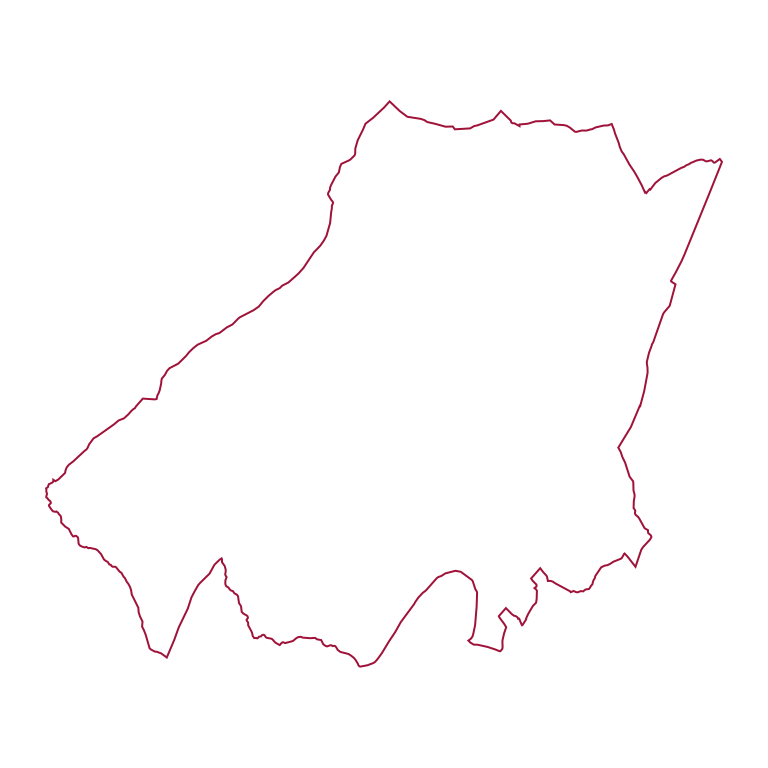 outline of Firavitoba, Boyacá, Colombia
{"feature_id": "7082276B66462160006857", "entity_name": "Firavitoba", "entity_type": "district", "adm_level": 2, "iso_a3": "COL", "parent_name": "Colombia", "parent_adm1": "Boyacá", "projection": "equal_earth", "projection_center": [-73.017, 5.676], "detail": "fine", "context": "isolated", "style": "outline", "palette": "rose", "viewbox_px": 768, "rotation_deg": 0, "n_neighbors": 0, "source": "geoboundaries", "source_scale": "gbopen_adm2", "svg_char_len": 6039}
<svg xmlns="http://www.w3.org/2000/svg" viewBox="0 0 768 768"><path d="M721.9,161.7L719.8,159.0L715.0,162.5L714.2,162.7L713.7,162.5L712.3,161.0L711.1,160.3L706.7,161.4L705.6,161.2L703.2,159.8L700.7,159.6L696.6,160.5L690.5,163.1L689.0,164.2L686.4,165.2L684.2,166.8L681.2,167.9L667.3,175.4L663.9,176.5L661.4,178.0L655.3,183.0L650.3,189.6L649.6,189.1L646.3,193.1L645.3,192.0L644.9,192.4L641.8,185.4L637.4,177.1L634.1,171.4L629.6,164.8L623.8,154.3L621.7,151.5L619.9,147.2L618.5,142.3L614.9,133.1L614.1,130.0L611.7,124.0L608.0,125.4L604.0,125.5L595.6,127.4L591.9,129.3L590.2,129.4L588.9,130.0L586.0,130.6L581.8,130.5L576.3,131.9L574.9,131.7L569.9,127.6L566.8,125.8L563.8,125.1L554.6,124.5L550.1,120.4L543.3,121.1L535.7,121.3L527.9,123.7L519.5,124.5L519.5,126.1L514.2,123.2L512.7,123.3L511.4,122.6L510.8,120.6L500.9,110.9L493.5,119.6L477.0,125.5L474.3,126.0L470.1,128.4L454.9,129.3L452.7,126.5L445.5,126.7L435.5,123.9L427.2,122.0L424.4,120.1L420.4,118.8L407.4,116.8L399.8,111.1L389.6,101.4L384.3,107.3L373.1,117.8L365.5,123.7L363.0,129.6L357.7,140.3L355.3,148.6L355.2,153.6L354.5,155.5L350.4,159.5L349.0,160.4L341.3,163.9L340.0,166.9L338.8,172.5L335.5,176.5L331.1,185.0L330.2,187.2L329.9,190.0L328.3,192.6L328.0,194.5L331.2,199.9L332.6,201.5L333.1,202.9L331.9,205.7L331.8,208.7L331.2,212.0L330.1,223.1L326.4,236.0L323.9,240.5L320.2,245.8L313.8,252.4L303.5,267.9L298.4,273.6L288.4,282.5L282.3,285.6L279.6,288.2L275.6,290.1L273.0,292.1L268.3,296.1L263.0,301.4L258.9,306.5L253.4,310.3L240.0,317.2L238.3,318.5L232.4,324.5L226.8,327.4L219.3,333.1L215.9,334.1L211.6,336.6L206.2,340.8L197.6,344.7L193.2,348.2L189.1,352.2L185.9,356.1L178.3,363.6L169.5,368.2L167.1,370.8L164.8,375.0L161.8,378.6L161.3,381.3L161.2,383.4L159.7,390.3L158.6,393.2L157.4,395.4L156.6,399.0L154.9,399.4L142.8,398.6L135.9,406.5L135.0,408.1L133.5,409.0L131.2,411.1L128.3,414.4L123.9,418.4L118.7,420.4L113.8,424.5L97.0,436.4L93.6,438.3L89.2,444.2L87.5,448.0L86.5,449.4L84.3,451.1L73.0,461.6L68.9,464.7L66.7,467.4L65.5,470.5L65.1,472.9L58.3,479.5L55.4,481.2L53.3,479.8L53.3,481.5L52.9,482.0L52.0,482.8L48.8,484.2L47.8,487.3L46.3,488.1L46.1,488.6L46.4,489.8L46.3,491.3L47.0,493.9L46.2,497.0L46.4,497.5L47.4,498.2L48.6,499.9L50.0,500.9L50.5,501.6L50.8,502.5L50.7,503.4L49.2,504.7L49.0,505.4L49.2,506.3L52.1,510.4L53.2,511.4L55.7,511.8L56.5,511.5L58.2,512.9L58.8,514.0L60.6,515.9L61.0,517.1L61.3,519.5L61.2,522.6L65.3,526.7L68.8,528.9L71.4,534.1L72.9,536.3L73.8,536.5L74.8,535.9L76.1,535.9L77.5,536.9L78.1,538.0L78.6,543.6L79.5,545.0L80.5,545.9L83.4,547.1L84.7,547.4L86.4,546.9L88.3,548.2L89.8,547.9L95.8,549.2L97.7,550.4L101.1,554.2L104.0,559.5L105.9,561.0L107.7,561.9L109.4,564.5L110.7,564.8L111.9,566.3L112.9,566.8L115.0,566.7L116.0,567.2L119.7,571.7L121.4,572.8L123.7,576.9L124.8,577.9L126.8,581.9L128.1,583.5L129.9,586.7L131.0,589.8L131.8,594.6L138.3,607.7L138.7,612.4L140.0,616.4L142.5,621.5L142.1,626.6L143.9,630.2L145.7,634.8L149.6,648.3L151.1,649.6L155.1,651.7L156.6,651.7L161.2,653.4L166.8,657.5L174.4,639.5L178.7,627.5L187.8,608.6L191.5,597.3L194.7,591.2L198.2,585.1L200.2,582.8L209.5,573.7L214.4,564.8L219.5,559.8L221.6,558.4L222.0,559.4L222.0,562.2L224.7,566.0L225.7,569.7L225.7,571.5L225.2,574.4L225.6,575.6L226.6,577.1L225.4,580.4L225.3,583.8L225.7,585.1L226.3,586.3L228.2,587.3L230.0,589.7L230.8,590.4L232.9,591.1L234.5,593.4L236.9,594.7L237.7,595.6L238.1,596.7L239.0,603.1L240.5,605.3L241.1,606.7L241.7,611.9L243.5,613.7L246.6,615.4L247.6,616.3L247.9,618.0L246.6,619.8L246.7,620.5L248.1,622.5L248.2,625.3L252.0,632.5L252.7,635.9L254.2,638.1L256.4,638.0L257.1,638.4L257.8,638.1L259.0,636.7L261.1,636.3L262.4,634.9L263.8,634.8L264.6,635.3L265.8,637.2L266.8,637.8L271.4,638.7L272.4,639.3L275.2,642.5L279.5,645.0L280.2,644.7L280.8,643.7L282.5,642.3L283.4,642.3L285.1,643.1L291.9,641.3L293.2,640.8L296.0,638.4L298.2,637.1L301.0,636.8L302.6,637.6L310.1,638.2L315.1,637.9L317.0,639.3L321.2,640.1L323.3,644.3L325.6,645.9L327.0,646.4L330.6,645.2L331.4,645.3L332.6,646.1L334.1,645.8L335.2,646.1L336.0,647.0L337.7,649.9L340.3,651.9L348.5,654.0L350.9,655.5L353.8,657.8L355.5,659.8L357.9,663.8L358.4,665.2L359.5,666.4L360.3,666.6L367.3,665.3L373.5,663.0L375.3,661.7L378.0,658.5L381.9,653.1L389.1,641.2L395.2,632.1L400.8,622.1L414.2,604.0L415.2,602.1L418.3,597.6L422.7,592.9L426.0,590.4L436.7,578.2L438.2,577.1L441.5,575.9L445.3,573.4L455.4,570.8L460.8,571.8L471.9,580.0L472.8,581.3L475.3,589.1L476.8,591.5L477.1,592.9L476.6,606.9L475.1,625.2L473.1,634.6L472.5,636.5L470.8,638.8L468.4,640.6L470.5,642.7L473.9,644.7L477.5,644.7L487.4,646.9L495.4,649.5L499.5,651.2L500.4,651.2L502.3,648.9L502.6,647.2L502.4,641.3L502.7,639.3L504.1,633.4L506.2,627.2L504.0,623.6L499.8,618.0L498.8,616.2L505.9,608.1L512.1,614.4L514.0,615.7L515.6,616.1L517.0,616.9L517.8,617.8L518.1,618.8L519.2,618.7L521.4,624.1L522.1,625.3L522.4,625.2L526.2,619.3L526.1,618.5L528.3,613.7L533.0,605.8L536.1,602.7L536.7,598.6L536.9,590.8L536.3,589.6L534.5,588.1L536.4,586.6L536.6,585.2L536.4,584.6L532.7,580.8L531.1,578.5L540.2,568.2L543.1,572.0L546.4,575.6L547.0,576.7L547.9,581.0L550.7,580.9L552.9,581.7L555.4,583.4L570.1,591.3L570.7,592.2L573.6,591.0L576.3,592.2L577.6,592.3L580.9,591.1L583.1,591.4L585.5,589.5L588.9,589.0L589.7,588.1L591.2,585.5L592.3,584.5L593.4,580.4L594.7,578.4L595.3,576.0L601.2,567.3L604.5,565.7L607.5,565.1L610.1,563.9L613.4,561.7L621.0,558.7L622.0,557.7L624.1,553.9L624.6,553.5L627.7,556.8L635.5,566.8L641.3,549.7L643.1,547.0L649.7,539.9L651.2,537.6L651.4,536.7L650.7,535.2L648.3,533.1L648.0,532.1L648.0,530.2L644.6,528.2L639.4,518.8L638.1,516.9L635.8,515.0L635.1,513.8L634.9,512.9L635.3,511.2L635.1,510.2L633.6,508.1L633.8,501.2L634.6,496.3L634.6,494.7L633.5,490.6L633.3,482.6L633.1,481.3L629.6,476.7L625.1,462.6L622.4,457.1L620.8,452.2L618.3,447.6L630.9,427.0L639.8,405.8L640.2,406.0L644.2,391.1L647.6,372.8L647.5,367.8L646.9,363.8L646.8,362.0L649.0,352.8L651.6,345.9L651.9,344.4L653.2,342.3L663.1,314.0L664.1,312.4L669.7,305.8L675.5,284.3L671.2,281.5L671.0,280.8L676.0,271.9L681.7,260.8L684.4,254.7L709.3,193.6L721.8,162.3L721.9,161.7Z" fill="none" stroke="#9f1239" stroke-width="2"/></svg>